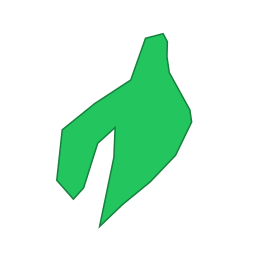 an SVG outline of Lumparland, rotated 212°
{"feature_id": "ALD-4819", "entity_name": "Lumparland", "entity_type": "state/province", "adm_level": 1, "iso_a3": "ALA", "parent_name": "Aland", "parent_adm1": "", "projection": "mercator", "projection_center": [20.249, 60.105], "detail": "fine", "context": "isolated", "style": "filled", "palette": "green", "viewbox_px": 256, "rotation_deg": 212, "n_neighbors": 0, "source": "natural_earth", "source_scale": "10m", "svg_char_len": 407}
<svg xmlns="http://www.w3.org/2000/svg" viewBox="0 0 256 256"><g transform="rotate(212 128 128)"><path d="M160.7,45.9L182.8,91.6L169.1,131.3L151.1,170.2L160.7,213.4L148.2,226.6L140.3,222.0L132.8,209.2L122.4,196.9L85.1,176.1L77.2,166.8L73.2,130.2L80.6,94.2L92.1,60.2L99.9,29.4L124.4,95.6L139.2,121.6L145.6,98.9L133.9,53.8L136.6,38.7L160.7,45.9Z" fill="#22c55e" stroke="#15803d" stroke-width="1.5"/></g></svg>